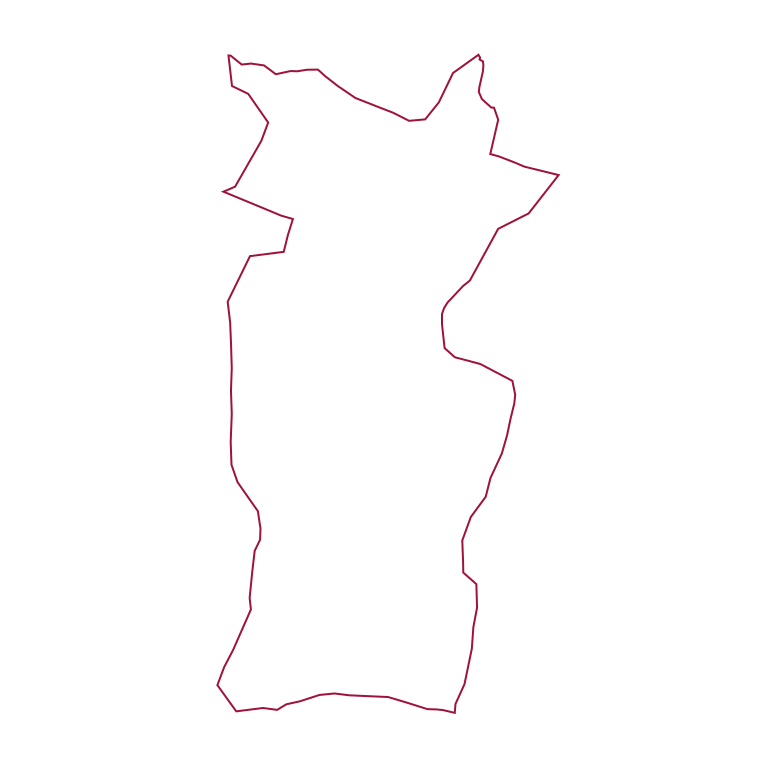 outline of Guyuk, Gombe, Nigeria, rotated 182°
{"feature_id": "59680162B83966420631158", "entity_name": "Guyuk", "entity_type": "district", "adm_level": 2, "iso_a3": "NGA", "parent_name": "Nigeria", "parent_adm1": "Gombe", "projection": "natural_earth1", "projection_center": [11.903, 9.837], "detail": "fine", "context": "isolated", "style": "outline", "palette": "rose", "viewbox_px": 768, "rotation_deg": 182, "n_neighbors": 0, "source": "geoboundaries", "source_scale": "gbopen_adm2", "svg_char_len": 1678}
<svg xmlns="http://www.w3.org/2000/svg" viewBox="0 0 768 768"><g transform="rotate(182 384 384)"><path d="M394.4,658.9L401.0,661.2L422.5,668.8L440.6,680.2L453.7,689.7L461.0,695.9L471.8,695.4L481.7,693.5L488.3,693.5L502.9,689.8L515.0,698.2L528.0,699.6L537.4,698.3L548.7,706.8L550.9,706.9L546.3,676.5L529.8,669.2L508.9,641.3L515.0,622.9L539.7,576.0L551.2,570.6L492.7,548.7L480.8,545.7L485.3,529.3L488.8,512.6L522.4,507.1L543.1,460.8L539.9,440.0L538.3,419.1L537.6,408.4L536.7,394.5L536.7,390.2L536.7,371.8L535.1,349.1L535.1,346.0L535.2,320.7L533.6,298.0L527.0,280.9L517.1,267.7L505.6,252.5L503.8,242.7L502.4,235.5L502.4,224.1L507.4,212.8L509.1,192.0L510.8,165.5L509.2,154.4L509.1,154.1L525.5,113.0L533.9,95.4L540.0,77.2L523.1,55.4L520.2,51.7L493.6,56.0L479.4,54.6L470.4,60.5L457.2,63.9L437.6,71.0L427.0,72.4L422.7,73.0L408.1,71.7L400.0,71.6L399.9,71.6L390.1,71.5L369.0,71.3L350.9,66.6L329.3,60.6L320.2,60.6L314.9,60.3L314.2,60.3L301.8,57.8L301.4,66.7L293.1,86.8L287.0,122.4L286.2,144.1L283.2,163.8L284.7,187.2L298.2,198.3L298.7,208.2L300.3,230.4L292.6,254.1L278.4,274.9L274.3,293.8L263.8,318.7L259.2,337.1L256.3,353.8L253.1,369.1L252.5,377.8L255.8,391.6L288.4,407.3L314.1,413.2L324.6,421.9L324.9,423.4L327.0,438.0L328.1,445.6L328.5,455.9L326.6,462.0L323.3,467.7L318.3,473.4L308.4,484.7L301.8,490.4L286.1,521.6L275.3,543.1L245.4,559.5L216.8,598.9L251.2,606.1L261.1,609.9L277.6,615.6L285.8,617.5L279.1,652.1L283.7,664.0L286.4,664.0L296.1,672.2L299.4,679.1L299.1,683.6L296.1,699.7L295.8,706.0L296.4,709.9L299.8,711.6L299.3,713.4L301.1,716.3L325.9,697.2L339.0,667.4L352.1,649.9L368.1,647.9L382.4,654.5L384.6,655.5L394.4,658.9Z" fill="none" stroke="#9f1239" stroke-width="2"/></g></svg>